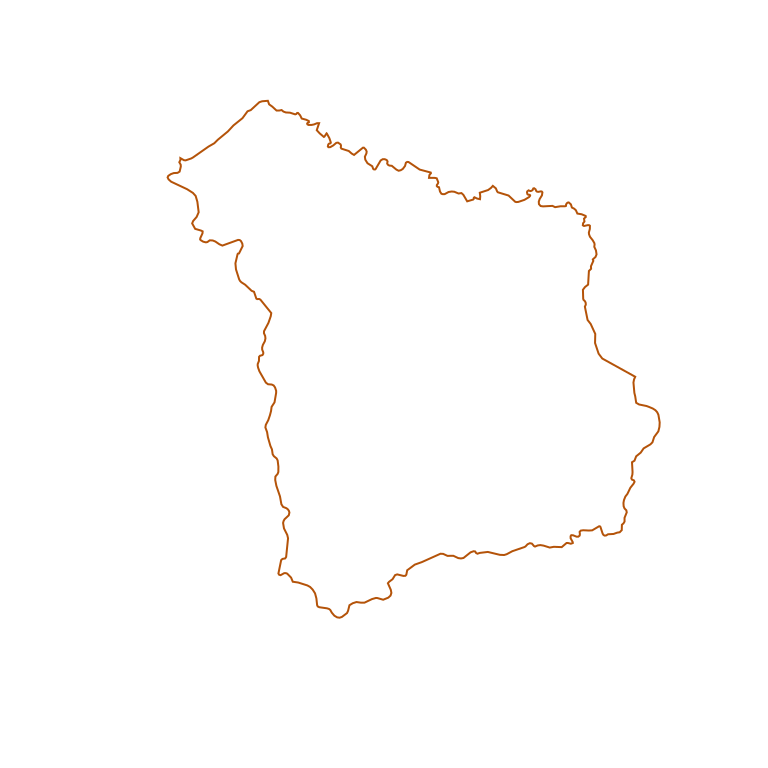 the district of Piraera, Lempira, Honduras, rotated 110°
{"feature_id": "27666195B26013568254344", "entity_name": "Piraera", "entity_type": "district", "adm_level": 2, "iso_a3": "HND", "parent_name": "Honduras", "parent_adm1": "Lempira", "projection": "mercator", "projection_center": [-88.47, 14.049], "detail": "fine", "context": "isolated", "style": "outline", "palette": "amber", "viewbox_px": 768, "rotation_deg": 110, "n_neighbors": 0, "source": "geoboundaries", "source_scale": "gbopen_adm2", "svg_char_len": 6166}
<svg xmlns="http://www.w3.org/2000/svg" viewBox="0 0 768 768"><g transform="rotate(110 384 384)"><path d="M601.0,402.1L599.9,396.7L599.5,387.1L600.0,384.0L601.6,380.7L604.3,377.2L608.6,374.2L614.7,371.2L615.7,370.2L615.9,368.5L614.3,360.9L614.2,358.7L614.7,357.2L616.7,354.9L618.7,351.4L619.3,348.2L618.8,345.8L617.3,343.9L611.9,340.4L609.4,340.2L603.7,340.8L600.7,338.4L598.3,335.3L597.4,331.0L596.1,327.5L590.2,321.7L587.8,318.4L587.4,317.0L587.0,311.0L583.3,306.9L580.6,305.5L577.8,305.6L575.1,307.2L569.9,312.2L568.2,311.6L564.5,309.2L559.8,308.2L558.4,306.5L557.7,300.1L556.9,298.3L555.6,297.8L551.1,298.5L543.2,293.3L538.4,287.5L524.2,272.9L523.4,270.3L523.8,265.6L521.7,260.1L522.2,254.7L521.6,252.0L520.3,249.8L512.6,245.1L510.5,242.6L510.2,241.0L511.3,239.7L511.5,238.1L510.0,236.3L506.3,229.0L504.9,216.7L503.6,212.6L502.0,210.5L497.2,206.2L489.3,196.4L488.3,195.5L485.5,194.3L483.7,192.5L483.4,190.4L485.0,187.6L485.1,186.5L483.1,184.3L481.9,182.0L481.3,178.8L481.0,172.3L478.9,168.7L476.5,161.2L471.0,158.1L470.5,156.9L470.2,153.8L468.9,152.2L468.1,152.5L465.1,155.9L463.2,156.6L462.0,156.3L461.5,154.6L461.6,150.9L461.0,149.2L459.5,148.3L458.0,148.6L456.1,149.6L454.5,149.0L453.3,146.8L451.6,141.3L450.3,138.3L444.1,133.2L443.9,132.5L444.3,131.7L449.8,127.4L450.8,126.1L451.0,124.9L450.4,123.5L448.6,122.1L446.4,117.0L443.9,114.0L442.7,111.8L440.0,110.6L434.9,112.3L433.1,111.3L431.0,110.9L427.5,112.2L421.6,112.0L419.8,113.1L418.7,115.4L416.9,117.0L413.9,118.3L411.0,118.8L407.2,118.7L404.1,117.7L397.2,117.0L392.4,115.4L390.2,115.1L389.1,116.2L389.0,118.4L387.9,119.4L384.3,119.6L381.8,120.3L372.7,124.2L370.4,122.4L365.7,122.3L360.7,119.3L355.7,118.0L349.6,113.0L347.0,111.8L341.4,112.0L334.7,110.0L330.1,110.5L325.8,111.8L319.1,115.6L317.1,117.6L315.8,120.0L315.1,123.1L314.9,127.4L314.9,129.8L316.0,137.3L315.4,140.6L309.7,143.7L306.7,145.7L297.3,150.1L294.1,150.6L291.3,150.4L285.4,187.6L282.1,192.7L273.3,199.7L264.7,202.6L256.9,210.3L254.2,214.6L242.6,221.7L240.5,221.5L238.8,222.2L237.6,223.3L236.6,225.4L235.7,226.0L227.4,229.3L224.2,228.3L220.8,226.2L207.7,230.1L204.9,228.8L202.6,229.8L196.7,229.4L195.5,230.4L192.3,228.7L189.5,228.6L186.0,230.5L183.2,233.3L180.7,233.9L179.6,234.6L177.5,237.1L175.2,240.8L173.1,242.6L171.6,243.3L167.9,243.6L164.9,244.6L164.6,245.3L164.9,246.6L167.1,250.1L166.9,251.4L164.9,251.9L162.8,251.2L160.2,252.6L158.0,251.5L157.1,252.0L156.9,256.3L157.7,260.6L155.1,263.1L154.2,265.3L153.9,267.8L151.3,269.8L150.2,272.5L150.6,273.3L151.6,274.0L153.0,274.3L154.4,273.9L155.1,274.7L156.6,278.9L159.3,283.7L159.0,286.6L162.7,295.3L163.2,297.7L162.0,299.9L159.8,300.9L157.0,301.0L152.7,300.1L149.7,300.7L149.2,301.5L149.3,302.4L150.7,304.8L150.9,306.1L150.6,306.9L149.2,308.2L148.7,309.9L149.2,310.6L151.0,310.7L152.1,311.6L152.7,312.6L152.6,314.4L154.1,315.3L155.2,315.1L156.6,314.1L156.8,313.1L156.4,311.9L156.7,311.2L157.3,311.1L158.7,311.6L162.9,315.0L167.0,320.1L167.8,321.9L167.9,323.0L164.3,331.4L164.9,342.6L164.4,343.5L161.9,345.8L160.6,349.5L163.1,350.5L166.1,352.5L171.5,359.4L174.6,357.8L177.5,357.0L177.9,360.0L177.6,362.9L178.2,363.3L179.4,363.0L180.2,363.3L183.9,368.3L179.1,374.1L178.1,376.5L179.5,379.1L179.3,383.7L180.0,386.3L181.5,389.0L184.8,391.9L185.5,393.6L185.6,395.1L184.0,397.2L180.3,399.6L180.4,401.2L179.9,402.1L178.9,402.4L177.2,401.9L175.9,402.0L172.7,404.8L172.9,406.6L174.9,412.2L172.1,412.8L169.9,412.0L169.3,412.4L170.3,423.8L167.0,436.9L167.4,438.2L168.6,439.1L171.9,438.8L175.5,439.9L177.4,441.4L178.6,443.2L178.3,445.7L176.3,451.3L176.9,453.7L176.7,455.1L175.8,456.4L173.6,456.8L172.6,458.1L172.5,460.1L173.2,462.1L175.1,463.6L184.9,465.4L185.5,465.8L185.8,466.9L185.5,467.8L183.4,469.5L182.2,475.0L179.6,478.3L177.0,479.7L173.3,479.4L171.5,479.8L170.0,481.2L168.8,483.7L169.1,484.6L179.0,490.5L178.5,493.2L177.1,496.8L177.4,504.5L176.6,505.5L174.8,505.9L173.7,506.7L172.9,509.8L173.7,511.3L177.2,513.3L179.8,515.5L180.5,517.2L180.0,518.0L178.0,518.3L177.0,517.9L176.1,516.6L175.2,516.6L171.7,519.4L168.2,523.4L168.1,523.7L172.0,524.6L172.4,525.0L170.5,530.1L168.5,534.0L161.1,534.2L161.8,536.1L164.0,538.5L165.4,540.8L166.4,543.7L166.2,544.8L165.5,545.3L164.8,545.1L163.7,544.1L162.6,544.6L162.3,547.5L162.7,552.1L160.2,554.7L158.7,557.5L159.0,558.3L160.3,558.8L161.0,559.7L161.2,565.2L162.4,569.1L162.4,571.7L161.6,573.9L162.8,575.9L163.8,578.5L161.5,584.0L160.5,587.6L157.6,590.0L160.0,595.2L161.8,597.5L172.2,602.9L174.4,605.5L182.6,607.9L192.5,613.9L200.1,617.1L211.3,623.7L215.8,625.8L220.9,630.1L236.5,641.0L238.0,642.3L241.7,646.9L242.1,648.5L241.4,652.6L243.1,651.9L245.6,652.2L247.5,650.0L249.2,649.3L254.3,648.7L256.2,650.2L257.7,653.7L259.7,656.1L262.2,657.9L263.9,658.0L265.4,656.4L266.7,653.2L268.3,635.6L269.8,628.9L271.7,625.3L276.6,621.7L286.0,616.9L291.1,617.2L296.1,619.1L298.7,619.2L302.8,614.5L302.4,608.5L302.6,606.6L304.5,606.1L309.6,606.5L310.9,606.3L311.5,605.6L312.1,602.6L311.8,599.8L311.0,598.5L308.6,596.9L307.7,594.0L307.8,591.2L309.0,586.5L309.2,583.2L298.5,570.4L298.1,568.8L298.6,567.3L300.5,565.2L302.7,564.0L310.9,564.9L311.5,565.9L312.1,566.0L321.4,564.9L326.9,562.3L335.2,555.9L336.4,554.5L337.2,552.8L338.2,548.4L341.7,540.3L341.8,537.7L347.4,533.2L347.6,532.2L346.8,530.4L347.0,529.0L355.9,514.2L359.1,513.6L366.1,513.5L375.4,514.8L377.3,514.2L379.5,512.1L381.7,511.0L384.6,510.6L388.7,511.2L391.4,511.0L393.4,510.2L395.5,508.3L396.9,507.8L398.4,508.1L399.9,510.2L401.2,510.7L405.1,509.4L408.4,509.5L409.9,509.0L411.7,507.9L414.7,505.4L423.1,495.5L423.9,492.9L422.9,489.3L423.1,487.2L424.5,485.2L427.3,483.0L429.3,482.3L438.7,480.6L443.9,481.8L448.1,480.9L452.4,480.5L457.6,480.4L462.8,481.1L465.4,480.6L469.2,477.4L473.7,474.9L481.0,469.6L483.8,466.9L488.1,464.6L489.5,462.8L490.7,459.4L492.2,457.8L497.7,455.0L502.8,453.2L504.8,453.2L508.1,454.4L511.4,453.4L516.5,450.3L525.2,443.3L532.1,439.3L534.0,436.8L534.1,433.2L534.7,431.4L535.8,429.9L537.2,428.9L540.0,428.6L545.1,431.2L547.1,431.5L549.1,431.3L553.9,428.6L558.9,423.3L561.8,421.4L580.0,416.8L581.7,417.2L583.1,419.6L584.7,420.4L598.2,418.4L599.1,417.3L599.0,415.8L595.9,413.1L595.3,411.6L595.3,410.1L597.7,405.1L601.0,402.1Z" fill="none" stroke="#b45309" stroke-width="2"/></g></svg>